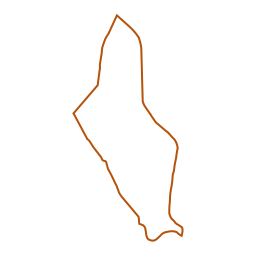 outline of Lejamani, Comayagua, Honduras, rotated 90°
{"feature_id": "27666195B32250373817394", "entity_name": "Lejamani", "entity_type": "district", "adm_level": 2, "iso_a3": "HND", "parent_name": "Honduras", "parent_adm1": "Comayagua", "projection": "mercator", "projection_center": [-87.678, 14.367], "detail": "fine", "context": "isolated", "style": "outline", "palette": "amber", "viewbox_px": 256, "rotation_deg": 90, "n_neighbors": 0, "source": "geoboundaries", "source_scale": "gbopen_adm2", "svg_char_len": 4512}
<svg xmlns="http://www.w3.org/2000/svg" viewBox="0 0 256 256"><g transform="rotate(90 128 128)"><path d="M235.8,74.4L235.4,74.3L235.0,74.2L234.8,74.1L234.6,74.1L233.9,73.9L233.1,73.8L232.7,73.7L232.3,73.6L232.2,73.6L231.9,73.6L231.7,73.6L231.1,73.5L230.1,73.5L229.9,73.5L229.7,73.5L229.4,73.5L229.2,73.6L228.8,73.6L228.7,73.6L228.4,73.7L228.1,73.7L228.0,73.8L227.9,73.8L227.7,73.9L227.5,74.0L227.4,74.1L227.2,74.2L227.1,74.4L227.1,74.5L226.9,74.7L226.5,75.2L226.1,75.8L225.8,76.3L225.5,76.7L225.2,77.2L224.9,77.7L224.4,78.5L224.3,78.8L224.2,78.9L224.2,79.0L223.9,79.4L223.8,79.5L223.7,79.7L223.5,79.9L223.4,80.0L223.2,80.2L223.1,80.3L223.0,80.5L222.9,80.5L222.7,80.7L222.5,80.8L222.4,80.9L222.2,81.1L221.7,81.4L221.5,81.6L221.3,81.8L221.1,82.0L220.9,82.2L220.5,82.5L220.3,82.7L220.1,83.0L219.8,83.2L219.6,83.4L219.5,83.6L219.3,83.8L219.2,83.9L219.0,84.1L218.9,84.2L218.8,84.3L218.7,84.3L218.6,84.5L218.4,84.6L218.2,84.8L217.8,85.0L217.6,85.1L217.4,85.2L217.2,85.3L216.8,85.5L216.6,85.6L216.4,85.7L216.1,85.9L215.8,85.9L215.6,86.0L215.4,86.1L215.2,86.2L214.9,86.3L214.7,86.3L214.2,86.5L213.8,86.5L213.7,86.6L213.4,86.6L213.2,86.7L212.9,86.7L212.7,86.7L212.4,86.7L212.2,86.7L211.3,86.7L209.7,86.7L208.8,86.7L207.3,86.6L205.7,86.5L204.2,86.4L203.2,86.3L202.2,86.2L201.0,86.1L199.7,86.1L198.4,86.0L197.2,86.0L195.9,85.9L194.0,85.7L192.8,85.6L191.0,85.3L190.3,85.2L189.5,85.1L188.5,84.9L187.7,84.7L186.9,84.6L185.8,84.4L184.9,84.3L183.9,84.1L182.4,83.9L180.9,83.7L180.4,83.7L179.8,83.6L179.2,83.6L178.2,83.5L177.7,83.5L177.3,83.5L176.8,83.5L176.4,83.4L175.7,83.3L175.2,83.3L175.0,83.2L174.7,83.2L174.2,83.1L173.9,83.0L173.7,82.9L173.4,82.8L173.1,82.8L172.8,82.6L172.4,82.5L172.0,82.4L171.6,82.3L171.2,82.2L170.9,82.2L170.5,82.1L170.0,82.0L168.9,81.8L167.8,81.7L166.5,81.5L166.0,81.5L165.5,81.4L165.0,81.3L164.2,81.2L162.7,80.9L161.2,80.6L160.0,80.3L158.8,80.1L158.3,80.0L157.8,79.9L157.5,79.9L157.2,79.8L156.7,79.7L156.2,79.7L154.7,79.5L153.3,79.3L152.8,79.2L152.3,79.1L151.8,79.0L151.0,78.9L150.5,78.8L150.0,78.7L149.5,78.6L148.7,78.5L148.5,78.4L148.4,78.4L148.2,78.4L147.9,78.4L147.7,78.4L147.4,78.4L147.2,78.5L146.7,78.5L146.4,78.6L146.1,78.7L145.8,78.7L145.5,78.8L145.2,78.9L144.9,79.0L144.6,79.1L144.0,79.2L143.7,79.4L143.3,79.5L143.0,79.6L142.6,79.8L142.3,79.9L142.0,80.1L141.6,80.2L141.0,80.6L140.9,80.6L140.7,80.7L140.6,80.8L140.4,80.9L140.3,81.0L140.1,81.1L139.9,81.3L139.7,81.4L139.6,81.5L139.3,81.8L138.6,82.4L137.8,83.2L137.1,83.9L136.3,84.6L135.3,85.5L133.7,86.9L133.6,87.0L133.4,87.2L133.2,87.3L133.1,87.5L132.9,87.6L132.7,87.8L132.6,88.0L132.4,88.1L132.3,88.3L132.2,88.4L132.1,88.6L131.9,88.7L131.8,88.9L131.6,89.1L131.4,89.5L131.1,89.9L130.8,90.2L130.5,90.6L130.0,91.2L129.2,92.1L128.3,93.1L127.8,93.8L127.2,94.4L126.8,94.9L126.5,95.3L125.7,96.2L124.8,97.2L124.7,97.4L124.5,97.6L124.3,97.8L124.2,98.0L123.9,98.3L123.8,98.5L123.7,98.7L123.5,98.9L123.4,99.0L123.1,99.4L123.0,99.5L122.9,99.6L122.7,99.8L122.5,100.0L122.4,100.1L122.2,100.2L122.1,100.4L121.9,100.5L120.3,101.6L118.7,102.7L116.7,104.1L115.6,104.8L114.5,105.4L114.4,105.5L114.2,105.6L114.0,105.8L113.8,105.9L113.6,106.1L113.4,106.2L113.3,106.3L113.1,106.4L112.6,106.8L112.0,107.2L111.1,107.8L110.3,108.4L109.8,108.8L109.3,109.1L108.4,109.7L107.5,110.3L106.6,110.9L105.8,111.4L105.5,111.6L105.1,111.8L104.9,111.9L104.8,112.0L104.7,112.0L104.3,112.2L104.1,112.3L103.8,112.4L103.7,112.5L103.3,112.6L102.9,112.8L102.7,112.8L102.4,113.0L102.2,113.0L101.8,113.1L101.4,113.2L101.1,113.3L48.5,114.7L46.2,115.0L42.6,115.7L40.6,116.3L37.5,117.2L36.1,118.3L34.4,119.4L30.8,122.4L27.6,125.5L21.0,132.8L15.4,139.1L23.2,142.7L33.4,147.4L36.4,149.3L38.7,150.6L42.3,152.0L47.1,153.6L49.4,154.0L51.4,154.2L53.2,154.3L54.9,154.6L64.4,156.1L65.8,156.1L67.0,156.1L67.9,156.0L68.8,156.0L69.5,156.3L85.2,158.3L113.4,182.5L113.5,182.4L116.3,180.9L139.2,168.6L139.9,167.6L140.7,166.8L142.0,165.9L147.2,162.6L153.7,157.6L156.6,155.3L157.5,154.7L158.9,154.1L160.1,153.5L160.5,152.9L160.8,151.9L161.0,151.5L161.1,150.8L161.3,150.4L162.2,149.7L163.5,149.5L165.2,149.0L167.4,148.4L168.7,148.1L174.6,144.9L184.0,140.4L185.8,139.4L188.1,138.6L192.7,136.9L194.6,135.8L196.6,134.4L199.8,131.7L216.8,117.4L223.8,116.7L224.6,114.6L225.2,113.0L226.5,111.6L228.2,110.8L230.8,110.3L233.6,109.9L235.7,109.6L237.8,108.8L239.2,107.8L240.0,106.3L240.6,104.2L240.6,102.1L239.4,99.7L238.2,98.4L236.9,96.9L235.7,95.7L233.9,93.9L232.5,91.6L231.5,87.2L231.2,84.2L231.4,81.6L232.1,79.3L233.5,77.9L234.4,76.6L235.1,75.7L235.8,74.4Z" fill="none" stroke="#b45309" stroke-width="2"/></g></svg>